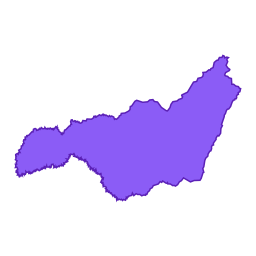 the district of Becerrill, Cesar, Colombia
{"feature_id": "7082276B21429087141697", "entity_name": "Becerrill", "entity_type": "district", "adm_level": 2, "iso_a3": "COL", "parent_name": "Colombia", "parent_adm1": "Cesar", "projection": "equal_earth", "projection_center": [-73.426, 9.754], "detail": "fine", "context": "isolated", "style": "filled", "palette": "violet", "viewbox_px": 256, "rotation_deg": 0, "n_neighbors": 0, "source": "geoboundaries", "source_scale": "gbopen_adm2", "svg_char_len": 5797}
<svg xmlns="http://www.w3.org/2000/svg" viewBox="0 0 256 256"><path d="M23.4,141.3L24.0,143.5L22.8,144.0L22.7,145.6L21.3,146.0L21.3,147.8L20.8,149.0L18.7,150.2L20.0,152.5L18.8,152.4L18.1,154.3L17.3,153.5L15.7,154.5L15.7,155.6L16.3,156.2L15.8,156.9L16.0,158.4L15.4,159.7L17.1,160.8L16.2,162.5L16.6,164.1L15.4,164.2L15.9,166.2L15.4,167.5L17.0,167.3L17.8,169.2L16.2,170.8L16.1,172.3L16.7,172.6L17.6,171.7L17.7,173.5L18.3,172.4L17.4,175.0L18.6,174.8L19.5,177.4L19.7,175.4L20.9,176.0L21.1,175.0L21.8,174.5L22.3,175.2L22.2,174.1L22.7,174.5L23.0,173.8L23.6,174.8L23.5,174.2L24.0,173.9L24.3,174.6L24.5,174.0L25.4,174.3L26.0,172.8L25.9,171.5L26.7,172.3L29.0,171.9L28.8,173.4L29.5,173.2L29.5,172.5L29.9,173.2L30.6,172.5L30.8,173.2L31.3,172.4L31.2,172.8L31.5,173.0L31.4,173.3L31.9,173.6L31.6,173.3L32.0,172.5L32.8,172.4L32.9,171.3L33.0,171.9L33.4,171.2L34.1,171.5L34.4,170.5L35.4,171.2L35.6,170.3L36.1,170.6L36.5,169.5L37.1,169.9L37.6,169.3L39.2,170.7L41.1,169.5L41.2,168.9L41.6,169.1L41.7,168.5L42.9,169.4L42.6,169.0L43.0,167.8L44.0,168.3L44.2,167.0L45.2,168.0L45.1,166.9L45.9,167.4L46.6,165.7L46.8,167.0L48.8,167.1L49.6,166.5L50.1,167.8L51.0,167.4L51.5,164.5L53.1,164.2L53.4,165.8L54.2,166.1L54.0,166.9L54.7,166.2L54.6,167.2L55.2,166.8L56.2,167.7L56.7,166.5L57.5,167.0L58.7,166.0L59.2,166.6L60.0,165.5L61.6,165.8L61.6,164.4L63.2,165.8L63.7,164.5L64.7,164.1L64.5,163.1L63.8,163.7L63.7,162.8L64.9,162.8L66.2,161.4L66.4,162.1L67.7,161.5L67.3,160.8L67.8,159.8L66.9,159.0L68.2,159.2L68.8,158.6L68.8,157.0L69.7,156.3L69.3,154.6L70.0,154.5L70.2,155.7L70.8,154.1L72.6,154.7L73.9,153.6L74.5,154.6L73.8,156.2L74.6,156.1L74.3,157.0L74.9,156.2L76.3,157.2L76.8,156.7L76.8,157.8L77.4,156.7L77.3,157.2L78.2,157.3L78.3,158.3L79.3,158.4L79.1,159.6L79.8,159.4L79.6,158.5L80.1,157.9L80.5,158.5L81.1,157.7L81.4,159.9L82.1,159.9L82.3,159.3L84.3,161.1L84.7,159.5L85.4,159.5L85.0,160.2L85.5,160.5L85.4,161.4L85.9,160.9L87.3,161.8L87.6,162.5L87.0,163.0L88.0,163.8L87.6,164.8L88.4,164.9L88.5,166.3L89.1,165.5L91.1,167.6L90.0,168.0L90.4,168.4L90.1,169.2L90.7,169.7L91.3,168.7L93.1,168.4L92.7,168.9L93.3,169.8L92.8,169.4L92.9,170.5L94.2,170.1L94.4,171.2L95.8,169.2L96.2,170.7L95.5,171.4L96.2,172.1L95.9,172.9L96.8,173.4L97.6,172.8L97.6,174.0L98.7,173.8L99.5,174.6L100.4,174.5L100.4,173.6L100.9,173.5L101.2,176.8L102.1,177.8L102.2,177.0L103.0,177.5L102.3,178.9L103.3,178.3L103.1,179.6L102.1,179.3L100.8,182.2L101.4,182.4L101.7,181.7L101.9,183.1L102.8,182.8L102.5,183.7L103.5,184.3L103.0,185.1L103.5,185.4L103.2,186.7L105.2,186.5L106.3,187.3L106.4,188.0L105.5,188.6L107.2,189.8L106.7,191.0L106.1,190.1L106.0,191.6L109.0,191.0L109.2,191.6L108.6,191.7L108.5,192.3L111.1,192.9L110.7,193.6L111.7,193.9L112.8,195.9L113.1,195.1L114.1,195.8L115.0,194.7L114.5,196.3L114.9,197.3L116.2,196.9L116.7,199.8L117.3,198.4L118.0,199.9L119.1,199.1L120.5,199.8L121.5,199.3L122.5,200.5L123.5,199.5L125.5,200.2L125.9,198.7L126.4,198.7L126.4,197.5L127.1,198.2L127.4,197.0L128.4,196.9L128.5,196.2L131.7,195.4L132.4,193.1L133.8,195.6L136.1,193.7L137.7,194.5L139.9,194.4L141.7,195.8L143.8,195.0L145.6,195.3L145.9,194.2L146.9,194.3L147.8,192.1L149.5,190.7L150.2,188.8L152.2,187.7L153.3,185.6L158.3,184.0L160.1,181.6L161.7,182.4L162.7,181.0L165.9,183.1L167.0,183.3L167.5,182.7L167.8,183.9L170.4,184.0L172.7,185.6L174.2,185.4L175.4,186.1L177.6,184.7L179.4,181.8L181.4,180.7L183.5,177.9L190.5,181.9L194.1,180.5L200.0,180.3L201.2,178.4L203.0,172.7L203.8,172.3L202.8,168.6L203.8,166.7L204.8,160.5L205.7,158.2L207.8,156.2L208.1,154.0L209.7,151.3L210.9,150.8L211.6,148.7L211.5,146.7L212.3,145.3L213.5,145.0L213.4,143.1L216.1,139.4L216.0,138.2L217.0,136.4L217.9,135.5L218.8,136.0L220.6,133.3L220.9,128.5L222.4,125.6L221.5,124.6L224.2,116.7L224.3,115.1L225.4,113.6L226.4,110.5L227.4,109.2L228.7,109.0L230.6,106.5L232.1,102.2L233.3,100.2L234.7,99.9L235.1,98.7L236.2,98.7L236.7,97.6L236.5,96.1L237.4,94.7L238.4,94.4L238.2,92.6L239.9,91.7L240.6,88.6L239.5,88.4L238.4,86.6L235.7,86.0L233.7,84.3L231.8,84.3L231.4,78.5L228.9,77.8L227.7,76.4L225.3,75.8L224.7,74.9L225.6,72.6L229.4,70.5L229.8,69.4L227.7,67.8L226.1,65.3L227.7,61.6L226.9,59.8L227.0,58.9L228.4,57.6L226.8,57.1L224.6,57.8L224.2,56.1L222.9,55.5L222.0,57.4L219.4,57.5L218.1,60.1L216.6,60.4L214.2,62.5L213.1,67.6L210.9,68.6L210.3,70.0L208.9,69.8L206.2,72.1L202.9,72.5L203.3,74.2L202.7,76.5L201.4,77.5L198.0,78.3L196.7,81.4L193.5,82.1L187.5,92.2L181.9,94.9L181.7,95.7L182.6,96.8L181.9,98.4L178.9,99.4L177.0,101.0L172.9,101.7L171.0,104.3L170.0,107.6L167.5,110.9L166.2,110.7L161.4,107.4L157.5,102.0L154.4,101.5L152.9,99.6L149.7,100.0L147.7,101.8L142.7,102.3L136.7,100.3L134.9,101.3L131.6,106.1L130.3,106.5L130.0,109.6L128.6,111.1L125.0,113.0L121.3,113.4L120.8,115.2L119.3,115.9L118.9,117.1L116.5,119.3L115.3,118.8L114.5,119.3L113.7,117.0L111.6,116.0L110.4,116.6L109.5,115.6L108.5,116.6L105.9,115.0L105.3,115.5L103.7,114.4L103.3,115.1L102.8,114.3L101.1,115.6L99.4,114.8L95.9,117.3L95.2,116.8L95.4,116.1L93.8,116.4L93.7,117.6L91.5,119.2L87.0,119.0L86.1,120.9L82.9,120.5L82.0,122.5L80.5,123.2L79.2,122.7L79.1,122.1L78.3,122.4L77.7,121.3L75.9,122.0L75.7,121.0L74.8,120.7L74.0,121.5L72.5,120.8L72.3,119.9L71.3,119.9L70.6,121.7L71.4,124.2L70.9,124.1L70.0,126.1L69.3,126.0L65.9,129.6L64.6,130.1L63.6,133.5L62.8,133.8L62.4,133.2L62.1,134.6L61.4,134.4L61.6,133.4L58.7,131.0L58.8,130.1L57.7,129.4L57.6,127.7L57.0,127.7L57.0,127.0L56.7,127.5L56.5,126.9L55.8,127.4L55.6,127.0L53.6,129.8L53.1,129.3L53.5,128.5L52.3,128.6L52.6,129.0L52.1,129.5L50.7,128.4L50.0,128.7L50.1,128.2L47.5,129.0L47.6,128.4L45.8,128.8L44.9,127.4L44.6,128.5L42.9,128.8L41.3,127.6L40.8,128.7L39.8,128.4L39.8,129.4L38.5,129.2L38.2,130.0L36.7,130.4L36.5,129.3L35.1,128.5L33.5,129.2L33.0,131.9L31.9,131.8L28.7,135.3L26.8,135.6L27.1,136.6L25.1,137.1L25.5,139.1L25.1,139.1L25.2,139.7L23.8,139.8L23.4,141.3Z" fill="#8b5cf6" stroke="#5b21b6" stroke-width="1.5"/></svg>